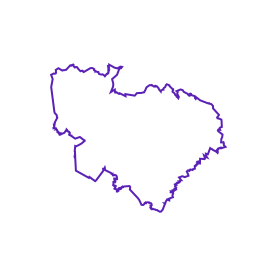 the district of Chilpancingo de los Bravo, Guerrero, Mexico, rotated 31°
{"feature_id": "50627088B70849430665629", "entity_name": "Chilpancingo de los Bravo", "entity_type": "district", "adm_level": 2, "iso_a3": "MEX", "parent_name": "Mexico", "parent_adm1": "Guerrero", "projection": "mercator", "projection_center": [-99.694, 17.392], "detail": "fine", "context": "isolated", "style": "outline", "palette": "violet", "viewbox_px": 256, "rotation_deg": 31, "n_neighbors": 0, "source": "geoboundaries", "source_scale": "gbopen_adm2", "svg_char_len": 5789}
<svg xmlns="http://www.w3.org/2000/svg" viewBox="0 0 256 256"><g transform="rotate(31 128 128)"><path d="M199.2,69.9L190.8,67.4L189.6,65.4L187.2,64.6L185.0,65.3L184.7,65.0L184.2,65.3L184.3,65.5L183.7,65.7L175.6,67.1L168.9,66.3L171.1,67.2L171.1,68.2L169.9,67.8L169.1,66.5L168.7,66.3L165.7,67.1L164.4,66.3L163.6,66.5L163.3,67.2L164.3,68.4L164.1,68.7L163.4,68.8L161.2,68.0L157.2,68.3L155.4,67.4L153.2,67.9L150.7,71.3L151.5,71.3L151.6,71.5L152.1,71.6L152.5,73.3L155.6,75.2L155.8,76.6L154.9,76.2L153.7,76.2L152.5,75.4L151.6,75.4L150.1,74.3L147.7,74.1L147.2,73.5L147.2,72.2L146.8,72.1L146.6,71.5L145.8,71.6L142.0,70.7L141.5,70.1L138.8,70.5L138.4,71.7L138.8,73.6L138.1,75.5L138.2,76.3L138.6,76.9L137.8,77.3L137.6,78.0L137.2,78.5L137.2,79.3L137.4,79.9L134.9,79.0L133.5,78.1L131.1,77.4L130.5,78.0L129.9,77.7L129.5,77.9L129.5,78.8L128.6,79.2L126.6,78.9L126.4,79.2L125.9,79.1L125.7,79.5L124.4,80.2L122.9,83.7L123.3,86.3L123.4,89.1L121.3,91.1L117.7,93.5L117.1,96.8L108.3,100.3L109.5,102.0L103.1,102.5L103.1,103.1L102.8,103.4L99.3,103.3L99.3,103.9L98.6,104.2L96.9,101.9L94.8,106.0L93.9,100.3L93.2,98.7L92.3,97.3L89.2,94.3L91.2,88.1L90.0,81.5L91.3,80.3L91.4,78.7L89.9,79.3L88.1,82.4L85.5,83.2L79.6,83.4L80.0,83.8L79.8,84.3L79.1,84.5L78.8,85.1L79.8,85.9L80.3,85.8L80.5,86.0L80.2,86.5L80.7,86.8L80.7,87.1L81.2,87.1L81.9,87.7L81.8,88.2L82.0,88.7L81.5,88.9L82.8,90.7L82.7,91.4L82.4,91.2L82.3,92.3L81.9,92.6L81.7,94.5L81.6,94.4L81.6,93.9L81.4,95.5L80.5,95.2L78.5,95.1L77.7,95.9L75.5,96.6L74.1,95.8L74.0,95.4L73.8,95.3L72.8,95.8L71.2,95.9L70.9,96.5L70.3,95.9L69.1,95.9L68.7,94.9L67.0,94.9L65.6,95.5L64.8,96.3L61.2,102.9L60.4,102.8L59.8,102.3L59.4,102.3L58.0,103.8L55.0,103.0L53.0,102.1L52.6,102.4L52.0,102.4L51.3,103.5L49.4,103.0L48.8,101.9L48.4,101.8L47.5,102.8L47.4,103.6L46.8,103.7L46.6,104.2L46.2,104.2L45.0,109.9L44.8,109.9L44.1,110.9L42.7,111.8L42.1,112.6L37.6,112.6L36.2,115.4L37.9,117.8L37.9,118.5L37.3,119.2L36.3,119.5L34.7,122.0L38.2,124.8L41.1,132.5L56.2,151.6L57.3,152.8L60.3,153.7L61.5,155.3L62.1,155.6L62.4,161.1L62.8,161.4L62.8,162.3L63.1,162.5L63.2,163.2L63.0,163.3L63.4,163.6L63.2,163.8L63.5,164.2L64.0,164.6L64.0,165.0L64.3,165.6L64.0,166.2L64.3,166.6L64.9,166.0L66.0,165.5L66.5,165.4L66.7,165.7L66.7,166.3L67.1,165.9L67.6,166.2L68.0,166.1L68.3,166.3L68.5,166.8L69.5,167.1L69.6,167.5L70.1,167.2L70.6,167.8L70.8,167.6L71.2,168.0L71.5,167.8L71.8,168.2L72.2,168.3L72.5,168.8L72.9,168.6L73.2,168.8L73.6,168.3L73.5,167.9L73.7,167.7L73.4,167.0L74.4,166.9L74.5,166.6L74.8,166.4L75.8,165.1L76.0,164.1L76.1,161.2L77.0,162.0L76.4,161.2L76.8,161.1L77.3,161.9L78.0,161.6L78.8,162.0L79.5,161.6L80.8,162.2L80.8,163.8L81.3,164.2L83.2,163.7L83.2,164.0L88.2,164.3L91.4,160.5L96.4,161.1L97.0,160.9L97.5,161.3L96.1,165.3L94.5,168.1L93.0,170.4L92.0,170.6L94.3,175.4L94.6,175.4L95.8,177.3L96.4,178.6L96.7,178.5L97.2,179.6L96.9,180.0L97.1,180.3L97.5,180.6L97.7,180.1L105.3,191.4L120.2,190.9L120.1,189.8L127.2,190.5L127.6,189.4L128.8,177.9L128.6,176.2L128.0,176.2L127.7,175.8L128.6,175.3L128.5,173.9L129.0,174.4L129.6,175.9L136.7,175.3L137.3,175.8L138.0,175.7L138.2,175.4L138.3,175.6L139.0,175.6L138.9,175.7L139.4,176.4L140.3,175.9L140.4,175.2L142.0,174.8L143.2,175.2L145.0,177.5L144.8,177.9L143.9,178.3L142.8,178.0L142.2,178.4L142.7,179.1L144.9,180.6L144.9,181.1L143.5,181.3L143.2,181.8L144.5,183.6L144.6,184.6L145.7,184.9L146.1,184.7L146.5,184.1L147.2,183.9L147.6,184.5L147.6,187.0L148.5,187.0L150.1,186.2L150.8,186.7L150.9,187.9L151.2,188.2L151.7,187.9L152.2,186.8L151.3,185.0L151.3,184.0L152.1,183.4L152.5,183.6L152.6,184.5L153.2,184.1L153.4,182.7L153.0,182.1L153.4,181.0L154.4,181.1L154.8,180.1L159.2,177.0L160.4,177.6L161.3,179.8L172.9,183.1L175.0,184.1L179.1,186.9L180.6,186.2L180.9,185.7L181.1,184.8L180.9,183.7L182.1,183.2L181.7,182.5L183.0,181.9L183.3,182.1L183.0,181.7L183.3,181.4L184.6,180.9L184.8,181.3L185.8,180.9L186.3,181.0L186.6,180.7L187.4,181.1L188.1,182.0L187.9,183.1L187.6,183.2L188.2,183.7L188.0,184.6L188.6,185.0L189.1,184.7L189.7,185.3L190.1,184.9L190.5,185.2L191.0,184.5L192.4,184.3L192.9,183.9L194.5,183.8L195.4,183.3L196.7,183.5L198.6,183.3L199.4,182.5L199.8,180.1L198.7,173.9L198.3,173.8L198.8,173.6L198.3,171.8L198.3,169.2L200.7,168.8L200.3,168.0L199.4,167.7L201.3,165.1L202.2,164.2L200.7,162.7L200.4,160.7L199.8,160.0L197.7,161.1L197.5,160.5L198.2,160.5L198.2,160.3L197.7,160.1L198.3,159.8L199.0,159.7L199.1,159.3L198.8,159.2L199.0,158.9L198.7,158.7L199.1,158.5L198.6,158.2L198.8,158.0L199.5,157.9L200.0,157.3L199.7,157.1L199.3,157.2L199.2,156.7L199.7,156.3L200.0,156.7L200.7,156.0L200.1,155.8L200.5,155.6L200.1,155.3L200.1,154.3L199.0,153.9L198.9,154.1L198.3,153.7L198.4,152.9L197.7,152.5L198.4,152.0L197.5,151.8L199.5,148.9L199.3,148.9L199.7,148.6L199.7,147.9L199.0,147.6L199.5,147.3L199.7,146.3L200.1,146.4L200.0,145.5L200.4,145.3L197.2,144.1L199.5,141.3L201.9,140.9L204.4,137.8L203.7,137.0L200.8,135.0L201.3,133.3L202.6,133.3L202.9,132.6L202.6,131.9L202.7,131.5L205.0,130.7L204.8,130.0L206.3,128.5L205.1,126.7L205.2,126.4L204.9,126.1L205.6,125.5L205.2,124.9L205.5,124.5L205.5,123.8L205.9,123.8L205.8,123.1L206.2,122.6L206.8,122.2L207.0,121.8L208.0,121.5L205.3,121.3L204.7,121.5L204.7,121.3L205.1,121.1L205.5,120.4L206.6,120.1L207.4,120.4L205.6,117.2L209.7,115.2L209.7,114.9L209.5,114.5L209.5,114.1L209.0,113.9L207.3,112.3L209.9,112.6L210.8,112.5L210.0,112.1L208.1,109.9L210.0,109.4L208.8,102.9L210.2,103.0L211.1,102.8L211.9,103.1L215.4,102.8L217.6,103.2L217.4,102.3L216.5,101.6L216.4,101.3L215.6,101.1L215.9,99.0L216.2,98.9L216.4,99.3L216.5,98.4L217.6,97.0L218.2,97.5L221.3,94.0L218.9,93.3L217.9,91.6L217.1,91.0L216.6,91.7L215.2,92.4L213.6,89.2L213.5,87.5L212.4,84.9L207.1,84.3L206.2,83.7L206.3,82.8L207.9,82.1L206.6,81.1L206.8,80.1L207.9,78.8L204.2,73.2L203.7,72.7L201.5,73.0L199.7,73.6L198.9,73.0L199.2,72.1L199.2,69.9Z" fill="none" stroke="#5b21b6" stroke-width="2"/></g></svg>